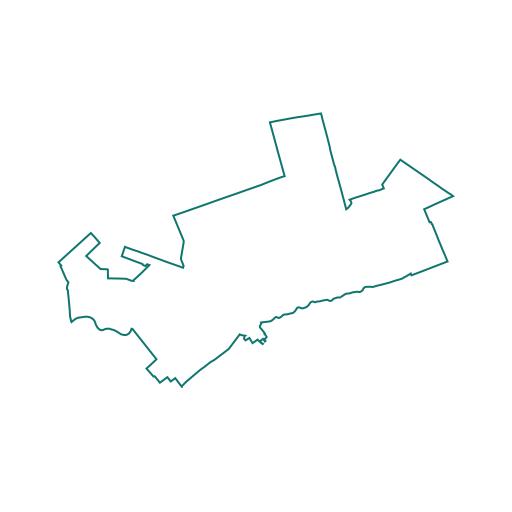 the district of Urziceni, Ialomita, Romania, rotated 27°
{"feature_id": "2599482B56726555182080", "entity_name": "Urziceni", "entity_type": "district", "adm_level": 2, "iso_a3": "ROU", "parent_name": "Romania", "parent_adm1": "Ialomita", "projection": "albers", "projection_center": [26.651, 44.737], "detail": "fine", "context": "isolated", "style": "outline", "palette": "teal", "viewbox_px": 512, "rotation_deg": 27, "n_neighbors": 0, "source": "geoboundaries", "source_scale": "gbopen_adm2", "svg_char_len": 5907}
<svg xmlns="http://www.w3.org/2000/svg" viewBox="0 0 512 512"><g transform="rotate(27 256 256)"><path d="M429.0,174.0L429.1,173.9L425.6,170.9L425.3,170.6L418.4,164.9L414.6,161.6L413.3,160.5L413.0,160.3L412.5,159.9L407.6,155.5L400.5,149.4L400.0,148.8L398.7,147.7L398.2,147.8L397.1,146.8L396.9,146.6L396.5,146.4L396.4,146.4L396.2,146.4L395.8,146.6L395.3,147.1L384.6,138.0L389.7,131.6L390.8,130.1L404.4,113.2L401.2,112.6L400.0,112.6L395.6,112.1L391.3,111.6L390.4,111.5L387.2,110.9L382.2,110.3L377.3,109.6L374.6,109.1L374.2,109.1L372.0,108.8L356.8,106.8L345.6,105.3L340.9,104.7L340.7,105.7L340.1,109.0L336.0,135.0L339.2,137.8L338.4,138.6L337.8,139.3L336.1,141.4L335.2,142.0L334.0,143.0L333.3,143.7L331.9,145.3L331.2,146.0L330.0,147.0L324.5,152.6L317.9,159.1L313.8,163.4L314.0,163.5L314.3,163.6L315.2,163.9L316.0,164.4L316.5,164.9L317.0,165.6L317.1,165.9L317.0,167.1L316.5,170.0L316.2,171.2L315.4,173.0L315.2,173.4L314.8,173.0L307.8,165.1L306.3,163.5L302.8,159.5L299.7,156.1L298.1,154.4L297.3,153.5L296.4,152.5L295.3,151.3L294.3,150.3L293.4,149.3L292.5,148.3L292.1,147.8L291.7,147.4L291.1,146.8L290.6,146.2L289.6,145.0L288.8,144.1L288.2,143.4L287.6,142.7L287.2,142.2L286.3,141.1L285.8,140.5L285.5,140.4L284.8,139.7L284.5,139.4L283.6,138.6L283.0,137.9L280.5,135.1L279.1,133.5L275.3,129.3L274.4,128.2L274.0,127.9L273.9,127.8L273.5,127.2L273.1,126.5L272.5,125.7L271.8,124.9L271.1,124.1L270.4,123.3L269.6,122.4L269.0,121.7L268.2,120.8L267.2,119.7L265.6,117.8L264.2,116.3L261.3,113.0L258.3,109.7L253.5,104.4L250.5,100.9L249.2,99.5L246.7,101.3L241.6,105.1L239.6,106.6L235.5,109.6L230.8,112.9L226.3,116.2L213.9,125.7L210.1,128.7L208.0,130.4L207.7,130.6L216.0,139.7L225.1,149.8L225.6,150.3L225.8,150.6L230.0,155.2L245.3,171.9L244.9,172.2L242.9,174.1L240.5,176.7L236.5,181.0L233.0,185.0L228.6,190.0L228.3,190.5L227.0,191.7L225.0,193.8L221.3,197.7L218.5,200.6L210.9,208.6L203.5,216.3L198.9,221.1L196.3,223.8L192.1,228.3L182.4,238.5L175.9,245.3L172.8,248.6L171.4,250.0L169.7,251.8L167.3,254.2L165.3,256.3L164.0,257.6L182.4,273.3L183.6,274.3L184.7,275.4L185.2,276.2L190.3,292.5L191.1,293.4L193.2,295.2L195.9,297.6L196.2,299.0L196.3,299.6L192.0,300.1L187.7,300.7L178.8,301.9L162.6,303.8L161.5,303.9L159.5,304.1L156.4,304.5L152.4,305.1L150.4,305.3L148.7,305.5L143.2,306.4L139.8,306.8L135.6,307.3L135.1,307.3L136.5,317.2L158.5,314.7L159.5,315.4L162.0,315.1L162.7,312.8L165.1,312.5L163.7,316.9L162.0,322.1L159.9,328.0L157.8,333.4L157.7,333.7L158.0,333.9L156.6,334.5L156.3,334.6L154.5,334.8L150.9,335.2L150.6,335.3L146.9,337.0L142.5,339.1L134.3,343.1L130.1,335.3L129.7,335.3L129.2,335.5L123.4,338.2L104.7,333.1L110.8,315.3L104.1,312.6L98.4,310.5L82.9,351.3L86.8,352.9L86.4,353.8L97.8,363.2L100.8,364.6L101.5,368.8L102.5,371.3L103.8,371.8L107.3,377.3L107.8,378.0L114.5,388.7L114.7,388.9L117.5,393.9L120.9,398.0L121.6,398.6L123.1,395.2L124.1,393.4L125.6,391.7L128.2,389.9L129.4,389.1L130.6,388.2L132.7,386.9L135.0,386.2L135.8,386.0L137.2,386.0L138.7,386.1L139.1,386.1L139.8,386.3L141.2,387.0L141.8,387.3L142.4,387.9L143.5,388.9L144.4,389.8L147.1,391.7L149.3,392.4L150.9,392.6L152.4,392.1L153.3,391.4L155.1,389.2L158.1,387.4L160.5,387.1L162.4,386.6L163.7,386.5L164.7,386.4L166.8,386.6L168.3,386.7L168.5,386.7L170.8,387.0L172.0,386.9L172.7,386.7L174.4,386.2L174.7,386.1L175.7,385.6L176.4,385.0L177.2,384.1L177.9,382.8L178.2,381.7L178.4,380.7L178.4,379.3L178.1,377.3L178.7,377.2L179.1,377.1L214.2,393.2L214.2,393.3L211.3,401.3L209.5,406.0L219.4,409.9L220.0,409.3L220.3,409.5L220.6,409.4L221.0,409.4L227.9,412.5L232.1,404.2L237.0,406.5L239.5,401.5L249.2,406.2L249.3,406.2L249.1,405.4L250.9,399.7L252.1,396.9L255.8,388.0L257.9,383.0L260.9,377.2L261.4,376.0L263.7,371.0L265.8,367.9L266.5,366.6L270.2,358.9L273.9,351.3L277.1,333.2L278.9,333.1L279.7,332.9L280.3,332.7L282.5,332.0L282.2,332.8L282.5,333.4L282.7,334.6L282.9,335.2L285.0,335.9L287.3,332.0L292.5,335.2L295.4,329.8L295.8,330.0L297.0,330.3L298.2,330.7L299.4,331.0L300.5,331.2L301.9,331.4L302.0,331.1L300.5,331.0L299.8,330.8L299.1,330.6L298.1,330.3L299.9,326.6L300.8,327.0L302.7,328.1L303.0,327.4L301.9,327.0L301.0,326.7L302.3,324.1L302.0,323.0L298.9,321.5L299.1,321.1L298.4,320.6L292.0,317.8L291.9,317.7L291.7,317.5L291.6,317.3L291.5,317.2L291.4,316.9L291.3,316.7L291.3,316.3L291.3,315.9L291.3,315.2L291.3,314.1L291.3,313.9L291.2,313.5L290.7,313.0L292.8,311.5L294.2,310.6L297.7,308.2L298.3,307.7L299.1,306.8L299.8,305.3L300.4,304.0L300.7,302.7L300.9,302.3L301.3,301.6L301.6,301.2L302.2,301.1L303.6,301.0L304.3,301.0L304.5,300.8L305.2,300.2L305.4,299.7L306.4,298.0L306.6,297.0L307.3,295.8L308.2,295.1L309.2,294.4L310.7,293.5L312.4,291.9L314.4,290.3L314.8,289.8L315.2,289.0L315.8,287.5L316.1,285.3L316.1,285.0L316.0,284.3L316.1,283.9L316.3,283.4L316.8,282.8L317.4,282.4L318.0,282.1L318.3,282.1L318.9,282.0L319.8,282.0L320.7,281.8L321.4,281.4L322.7,280.2L323.9,278.9L324.5,277.8L325.2,275.9L325.5,273.6L325.6,272.9L325.7,272.6L325.9,272.2L326.7,271.2L327.1,270.8L327.4,270.7L328.0,270.6L329.5,270.4L329.8,270.3L330.8,269.2L331.1,268.9L331.7,268.5L333.5,267.4L334.3,266.6L334.6,266.3L337.9,263.7L338.2,263.5L339.0,262.9L339.6,262.6L342.0,262.6L342.4,262.5L343.3,261.7L343.7,261.3L344.0,260.5L344.3,259.3L344.8,258.6L345.2,258.1L346.4,257.1L347.4,255.9L349.1,255.2L349.8,254.7L350.3,254.0L350.6,253.4L350.8,252.9L351.1,252.4L351.4,251.9L351.8,251.3L352.3,250.3L352.9,249.3L353.3,248.9L354.9,247.7L355.5,247.4L356.9,246.3L358.1,245.0L358.6,244.5L360.3,243.4L361.7,242.3L362.0,242.1L362.4,241.9L362.9,241.7L364.1,241.4L364.6,241.1L365.1,240.7L365.5,240.2L366.0,239.4L366.3,238.7L366.6,237.7L366.4,236.1L366.6,235.7L366.9,235.1L367.2,234.4L367.5,234.0L368.1,233.5L371.8,231.5L372.8,231.1L373.5,230.9L374.0,230.7L377.2,227.7L382.4,223.2L386.4,219.6L387.3,218.8L391.0,215.0L395.0,211.3L396.5,209.8L397.3,208.5L397.9,207.4L398.8,206.3L401.1,202.7L401.8,201.4L402.1,201.7L403.3,202.6L408.4,197.0L408.6,196.8L428.9,174.2L429.0,174.0Z" fill="none" stroke="#0f766e" stroke-width="2"/></g></svg>